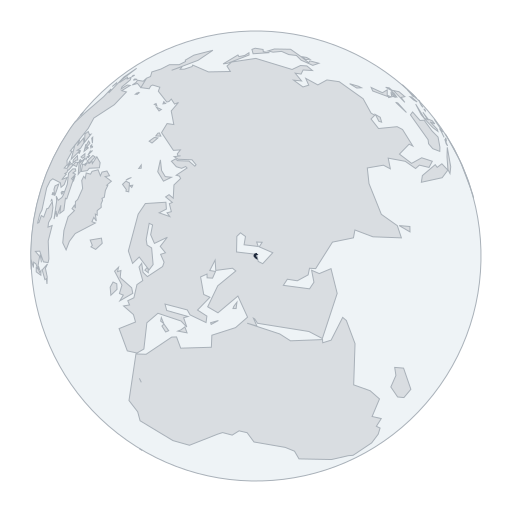 the Earth from above Bakı, rotated 308°
{"feature_id": "AZE-1689", "entity_name": "Bakı", "entity_type": "Municipality", "adm_level": 1, "iso_a3": "AZE", "parent_name": "Azerbaijan", "parent_adm1": "", "projection": "orthographic", "projection_center": [49.815, 40.127], "detail": "fine", "context": "on_globe", "style": "filled", "palette": "slate", "viewbox_px": 512, "rotation_deg": 308, "n_neighbors": 0, "source": "natural_earth", "source_scale": "10m", "svg_char_len": 11663}
<svg xmlns="http://www.w3.org/2000/svg" viewBox="0 0 512 512"><g transform="rotate(308 256 256)"><circle cx="256" cy="256" r="225" fill="#eef3f6" stroke="#a8b0b8"/><path d="M240.9,31.2L244.6,31.0L249.2,30.9L264.1,33.2L287.9,37.9L298.4,38.9L293.8,39.6L315.6,41.7L330.5,46.4L311.9,41.6L308.5,41.6L317.7,44.7L316.3,45.5L319.9,47.6L317.3,48.5L306.7,46.2L304.8,46.9L311.4,49.2L313.0,51.9L303.6,48.4L305.5,52.9L288.0,51.2L264.9,43.3L253.3,45.2L224.5,45.0L225.3,46.6L214.8,48.3L211.8,50.9L207.3,50.7L208.7,53.1L213.4,52.9L215.6,54.0L214.3,55.8L208.3,55.5L208.1,54.6L205.7,55.5L203.3,54.7L203.7,56.1L196.6,55.9L201.5,58.7L194.2,60.9L190.1,60.1L193.3,56.7L191.7,48.3L188.5,47.5L180.8,49.1L160.5,59.0L155.8,59.9L147.5,63.6L148.7,64.4L155.7,61.9L156.0,64.8L164.5,62.0L165.8,63.0L173.4,62.0L169.2,66.1L161.0,70.8L154.5,72.0L150.7,74.3L154.5,76.6L139.9,83.0L126.2,94.6L122.8,96.2L120.5,92.1L126.7,82.6L123.8,79.3L122.5,85.7L114.0,90.3L111.3,93.1L109.9,95.6L112.0,95.6L108.4,98.3L108.2,92.6L111.5,90.0L111.5,91.6L114.3,87.5L114.2,84.6L109.9,87.7L114.2,81.6L111.2,83.9L110.4,84.3L115.0,80.8L106.9,87.2L107.3,86.8L120.0,76.4L133.4,67.0L147.4,58.6L162.0,51.3L177.1,45.0L192.6,39.8L208.5,35.8L224.6,32.9L240.9,31.2ZM32.3,282.4L32.6,284.9L32.7,286.1L32.3,282.4ZM248.0,30.9L251.5,30.8L244.9,31.0L243.0,31.1L248.0,30.9ZM263.1,31.4L259.6,31.4L258.4,30.9L260.8,31.0L263.1,31.4ZM306.2,39.7L301.1,38.4L306.6,39.5L306.2,39.7ZM320.8,47.8L322.7,48.0L323.8,49.1L320.8,47.8ZM175.2,59.9L174.3,60.9L173.4,60.6L175.2,59.9ZM179.4,58.7L178.9,57.5L180.8,56.8L181.1,57.5L179.4,58.7ZM320.9,51.5L322.0,53.5L319.0,51.1L320.9,51.5ZM179.5,60.3L184.2,55.7L187.6,54.5L191.3,56.3L179.5,60.3ZM321.5,54.3L324.3,59.5L328.8,60.3L317.8,61.6L319.0,56.4L314.6,53.2L319.1,54.7L321.5,54.3ZM215.5,52.2L210.5,52.4L215.9,50.7L215.5,52.2ZM218.4,50.8L232.1,44.9L238.8,45.7L232.9,47.3L242.7,47.5L239.3,50.7L233.1,51.4L229.4,50.1L231.0,52.4L218.4,50.8ZM311.2,61.8L310.3,62.9L309.2,61.3L311.2,61.8ZM216.9,54.4L219.1,52.9L225.1,53.5L221.9,56.5L220.9,55.3L216.9,54.4ZM246.9,46.1L250.8,47.2L249.1,50.1L250.4,51.0L239.8,50.9L246.9,46.1ZM218.9,56.1L220.1,58.1L216.0,59.5L215.2,55.9L218.9,56.1ZM228.0,52.4L230.7,52.9L228.1,53.6L228.0,52.4ZM202.2,66.2L204.7,64.1L208.0,64.1L202.2,66.2ZM220.8,58.7L222.2,58.3L223.8,58.1L223.7,59.8L220.8,58.7ZM239.3,53.1L237.8,54.2L243.6,53.3L242.6,55.7L235.6,55.3L238.2,56.5L237.9,57.3L232.6,56.1L239.3,53.1ZM228.4,61.1L219.3,61.9L214.0,65.6L210.9,65.6L219.9,59.7L228.4,61.1ZM231.3,58.2L228.8,60.0L226.2,58.9L226.3,57.1L231.3,58.2ZM244.3,57.6L247.7,54.0L249.1,54.2L244.3,57.6ZM227.4,62.4L229.6,62.2L227.3,62.7L227.4,62.4ZM239.7,59.2L240.7,57.8L242.3,58.1L239.7,59.2ZM233.2,63.1L230.3,63.3L230.3,61.9L233.2,63.1ZM236.6,61.5L238.5,62.3L232.0,61.4L236.8,60.8L236.6,61.5ZM241.0,59.7L242.3,59.5L240.4,60.3L241.0,59.7ZM235.0,68.3L226.9,67.5L226.8,64.5L234.8,65.6L235.0,68.3ZM59.4,304.2L54.8,266.1L60.4,258.7L63.9,244.9L104.9,221.7L110.9,229.9L140.2,239.5L143.3,243.2L137.0,253.4L156.6,277.0L166.4,270.0L187.0,284.0L202.6,287.0L213.3,266.4L187.8,261.0L186.2,249.2L209.0,244.2L231.8,249.3L231.9,245.0L219.9,233.2L227.6,226.3L216.1,228.5L218.9,233.6L211.8,235.4L208.7,230.9L211.6,228.5L205.4,225.2L193.5,238.5L195.1,245.1L177.4,243.2L178.4,254.3L172.8,257.6L169.0,240.3L171.2,235.0L162.1,213.9L158.1,219.2L166.5,239.7L162.8,237.0L157.4,245.2L158.6,236.9L150.5,214.0L136.2,211.1L113.7,224.9L106.3,222.0L102.0,213.0L114.5,192.8L129.8,201.7L134.4,195.5L135.1,182.4L139.6,186.5L141.8,182.5L147.9,185.5L160.2,179.8L166.9,181.9L175.3,170.6L179.9,170.4L173.6,177.0L172.9,183.1L190.2,188.9L194.5,187.4L198.6,179.8L202.8,182.7L204.6,174.6L216.2,174.6L203.4,168.2L207.9,159.9L216.8,155.4L216.0,151.7L201.4,159.3L197.6,163.4L198.1,168.8L185.9,180.2L179.2,180.3L183.3,164.6L174.2,163.3L181.4,152.3L216.4,137.4L229.2,136.5L242.9,151.9L237.8,156.5L230.4,153.1L234.0,163.8L235.3,159.3L238.8,162.0L243.9,155.5L246.7,157.1L246.9,148.4L250.8,149.7L250.6,155.2L261.5,147.6L270.7,148.9L271.8,146.4L270.5,143.4L282.9,147.5L283.2,145.5L279.3,143.4L277.3,138.3L278.6,131.0L282.9,132.8L282.9,135.6L289.5,144.7L289.1,152.5L291.0,152.6L292.4,146.3L284.3,135.1L283.9,130.3L288.5,134.9L286.8,132.9L288.0,131.1L293.1,131.1L288.4,125.9L295.1,105.6L305.6,104.4L309.0,110.3L318.1,99.9L329.3,100.4L325.6,98.3L327.5,92.6L324.1,92.3L322.4,90.9L325.7,77.6L329.8,76.3L327.1,69.3L325.2,68.4L322.0,68.8L317.8,61.6L328.8,60.3L332.5,62.4L336.9,60.6L344.8,66.0L353.4,70.0L359.5,77.7L365.8,80.7L366.8,79.7L376.0,83.4L391.6,95.4L374.6,89.9L350.4,75.2L359.9,81.2L356.4,81.3L359.1,84.5L365.9,89.0L367.5,88.6L371.8,105.2L385.6,122.2L387.8,116.2L393.9,117.4L411.6,134.2L425.2,169.6L433.5,173.8L437.1,179.1L436.9,186.3L431.6,178.6L427.1,179.5L424.2,174.3L422.0,184.2L417.7,177.3L418.1,188.9L423.1,192.4L426.6,185.8L428.9,199.4L438.4,203.5L444.6,214.3L445.9,243.6L439.4,258.8L440.1,262.9L434.8,262.3L431.9,274.1L444.8,287.6L445.9,293.6L439.2,311.9L438.4,307.8L424.6,306.3L424.8,321.6L435.4,326.1L439.2,336.6L432.3,337.8L428.2,328.8L423.2,327.9L422.5,315.3L414.5,299.9L407.4,308.2L406.0,300.5L393.9,289.5L382.6,300.5L366.0,329.1L366.9,348.7L359.8,359.4L343.1,336.3L337.4,317.9L330.3,321.6L314.0,307.7L282.8,310.8L279.3,305.7L273.2,308.7L261.9,303.8L257.0,295.0L249.7,295.6L263.1,318.4L271.0,317.8L279.0,308.6L281.1,316.7L292.2,322.9L276.5,343.0L231.8,359.1L229.1,344.2L203.9,298.6L205.6,293.9L205.6,293.3L205.4,292.2L201.4,299.8L197.6,290.4L209.2,322.7L210.4,335.4L231.1,359.9L228.7,362.0L235.9,367.0L261.0,362.1L260.8,366.9L247.9,388.0L214.6,412.3L220.1,428.9L219.4,441.3L201.0,446.3L205.0,454.8L195.9,455.7L196.8,459.7L190.8,462.0L179.9,462.2L158.7,455.2L155.5,451.7L142.1,440.8L122.6,414.8L125.9,406.5L123.2,396.9L108.2,368.9L111.3,357.8L107.8,350.3L100.2,347.5L96.3,338.4L91.9,335.4L65.9,320.1L59.4,304.2ZM87.8,239.4L85.9,243.2L85.9,243.3L87.8,239.4ZM254.1,266.0L268.9,267.2L265.2,252.9L270.6,252.4L267.4,247.9L264.9,251.9L257.5,239.7L264.9,235.7L264.7,229.5L259.7,228.8L247.2,238.2L257.7,255.5L253.1,261.1L254.1,266.0ZM114.0,90.6L113.9,91.2L111.9,94.0L111.5,93.2L114.0,90.6ZM111.0,104.3L105.3,108.5L109.1,104.8L107.4,104.2L113.4,96.1L121.4,96.6L116.7,97.6L111.0,104.3ZM123.6,86.2L118.9,90.8L123.7,85.7L123.6,86.2ZM147.5,159.4L148.4,163.4L144.2,167.0L135.7,165.8L141.6,160.3L147.5,159.4ZM150.5,168.3L157.0,153.9L162.6,154.6L158.4,156.5L161.4,158.5L155.4,162.2L154.4,177.6L150.7,181.9L136.9,176.3L143.5,175.5L142.3,171.5L150.5,168.3ZM163.6,120.5L166.5,115.5L174.9,123.2L171.3,127.0L162.5,125.6L161.6,120.3L163.6,120.5ZM185.2,65.0L185.8,63.5L187.5,63.4L188.3,64.6L185.2,65.0ZM203.1,65.2L184.5,71.7L184.2,70.3L173.7,76.5L168.8,75.2L175.8,71.0L164.2,75.0L168.5,70.8L160.7,74.1L176.7,65.0L180.2,61.7L178.2,65.8L182.6,67.0L185.5,66.6L196.4,63.1L205.9,57.3L211.8,58.0L213.5,60.1L212.1,61.6L208.7,60.6L209.3,63.4L203.3,63.0L203.1,65.2ZM229.1,91.2L225.7,88.2L225.9,96.0L219.9,94.8L220.3,95.8L214.8,97.0L208.9,100.3L206.6,99.1L205.3,100.9L201.6,101.9L199.0,104.1L194.0,102.9L190.4,105.7L190.1,103.6L185.2,108.7L186.6,104.4L182.0,105.6L183.1,109.1L162.4,99.7L152.7,99.9L143.9,102.6L147.4,95.6L157.9,88.9L171.2,83.8L180.0,85.0L180.0,81.9L184.2,81.6L182.5,84.2L187.7,80.2L190.7,80.7L202.5,77.8L208.2,72.2L212.7,71.2L212.0,73.7L216.9,71.1L218.6,75.2L221.8,74.7L226.7,78.5L223.4,84.0L227.3,83.0L231.2,86.2L229.1,91.2ZM236.2,69.5L233.6,75.7L229.1,78.3L222.5,70.6L219.4,70.5L215.0,66.3L221.6,62.8L222.3,64.3L224.4,64.9L221.5,65.7L225.5,65.6L226.5,67.8L229.9,68.3L228.1,70.1L236.2,69.5ZM148.7,240.6L151.5,242.3L156.3,243.6L153.0,249.0L148.7,240.6ZM142.9,225.0L145.7,225.4L143.4,233.2L140.5,231.6L142.9,225.0ZM149.2,219.3L146.0,224.9L146.0,220.9L149.2,219.3ZM176.4,177.1L179.6,177.3L179.2,179.2L176.5,181.4L176.4,177.1ZM228.2,116.2L227.0,113.6L228.5,112.9L230.3,106.7L234.9,107.4L235.6,111.4L228.2,116.2ZM207.9,269.4L202.3,272.7L200.4,270.2L202.7,269.5L207.9,269.4ZM175.5,261.3L182.0,266.1L174.5,262.8L175.5,261.3ZM233.5,115.9L233.8,113.2L235.9,115.3L233.5,115.9ZM238.3,107.7L241.2,109.5L235.7,106.8L238.3,107.7ZM258.5,441.3L246.3,460.1L235.5,459.7L232.1,454.4L235.8,442.9L248.0,439.8L253.6,433.9L258.5,441.3ZM463.6,335.6L465.7,332.5L465.5,333.4L463.6,335.6ZM461.5,336.8L464.3,332.8L460.7,339.2L461.5,336.8ZM465.3,331.2L468.2,325.3L469.4,322.1L468.9,324.0L465.3,331.2ZM459.4,339.8L446.2,354.5L440.4,358.1L442.3,354.0L451.7,345.5L459.4,339.8ZM441.8,354.3L432.3,354.5L415.9,340.9L421.8,337.6L438.3,341.0L437.4,344.2L443.1,345.7L441.8,354.3ZM462.9,317.8L461.8,326.2L455.0,333.9L451.6,336.4L449.4,329.2L450.7,322.9L453.6,320.0L462.3,290.8L465.9,290.7L463.8,301.8L466.5,304.9L462.9,317.8ZM368.1,350.1L374.0,359.1L369.8,362.5L368.1,350.1ZM463.9,273.6L461.7,286.2L463.1,271.4L463.9,273.6ZM463.6,261.1L464.7,264.7L462.5,263.0L463.6,261.1ZM441.8,268.5L438.8,272.6L437.8,269.8L441.0,263.0L441.8,268.5ZM449.4,223.7L452.8,232.1L453.5,235.5L450.4,232.0L449.4,223.7ZM272.9,121.5L265.2,129.0L262.7,135.6L266.0,140.9L258.0,137.0L261.9,126.7L272.9,121.5ZM291.9,107.2L288.9,103.1L292.4,103.1L293.5,104.1L291.9,107.2ZM288.6,106.0L281.0,104.5L280.7,101.1L286.8,102.9L288.6,106.0ZM257.1,109.5L254.5,111.5L252.8,109.7L257.1,109.5ZM435.7,391.8L437.1,389.9L438.2,388.5L443.0,380.8L456.6,358.4L467.8,332.7L468.8,329.9L462.4,346.3L454.7,362.1L445.8,377.3L435.7,391.8ZM468.7,326.9L472.3,315.7L473.6,312.2L468.7,326.9ZM479.9,280.8L479.1,285.6L478.9,284.2L479.8,278.1L478.3,282.3L480.1,273.1L480.2,277.1L481.0,267.1L481.1,265.8L479.9,280.8ZM478.7,290.1L478.9,288.8L479.0,287.8L478.7,290.1ZM475.3,297.6L475.1,299.8L474.4,300.2L475.3,297.6ZM476.3,293.9L478.0,290.2L476.0,296.1L476.3,293.9ZM468.2,304.1L469.1,307.2L472.0,299.0L469.8,307.3L471.1,311.5L470.2,315.6L469.0,310.7L467.5,320.6L466.2,322.6L466.0,316.5L467.7,305.2L469.0,299.2L474.0,288.3L468.2,304.1ZM476.6,288.2L476.0,284.2L476.3,279.3L477.0,280.6L476.6,288.2ZM473.2,275.2L470.3,272.7L468.7,278.7L471.0,262.4L473.5,267.5L473.2,275.2ZM469.3,264.2L467.8,269.8L468.7,261.1L469.3,264.2ZM466.9,268.5L465.7,264.2L467.4,262.3L466.9,268.5ZM470.2,262.7L468.8,254.3L470.5,257.5L470.2,262.7ZM462.5,255.1L467.7,257.1L462.6,261.1L457.9,246.4L459.7,243.0L462.5,255.1ZM444.2,177.4L441.3,174.0L441.7,170.1L443.6,173.6L444.2,177.4ZM440.2,156.0L440.8,168.1L440.8,178.5L442.9,178.3L446.6,186.9L441.2,183.4L438.1,171.0L438.9,164.4L434.9,157.8L433.0,150.2L427.1,143.9L425.0,139.2L430.5,143.1L440.2,156.0ZM424.5,141.4L413.6,129.2L416.3,125.6L419.2,127.4L423.1,134.4L421.5,135.9L424.5,141.4ZM411.8,125.3L410.1,126.8L390.6,115.1L387.1,111.8L403.3,118.0L402.6,119.8L407.0,123.6L411.8,125.3ZM312.8,63.5L310.6,62.9L312.5,62.5L312.8,63.5ZM320.5,90.9L318.6,89.0L320.9,88.3L320.5,90.9ZM314.6,83.4L313.3,85.4L312.9,82.5L314.6,83.4ZM310.6,90.3L311.9,85.9L313.2,91.2L310.6,90.3Z" fill="#d9dde1" stroke="#a8b0b8" stroke-width="1"/><path d="M255.7,254.2L255.9,254.2L256.0,254.3L256.3,254.2L256.7,254.2L256.7,254.3L256.8,254.3L256.9,254.5L257.2,254.5L257.3,254.5L257.4,254.8L257.5,254.8L257.6,255.0L257.7,255.4L257.7,255.5L257.6,255.4L257.4,255.2L257.2,255.1L256.9,255.1L256.7,255.1L256.4,255.1L256.2,255.0L256.1,255.3L255.9,255.4L255.7,255.5L255.3,255.6L255.2,255.7L255.1,255.8L255.0,256.0L254.9,256.2L254.9,256.3L255.0,256.5L254.9,256.6L254.8,256.8L254.9,257.0L254.8,257.3L254.7,257.4L254.7,257.5L254.8,257.5L254.7,257.7L254.6,257.8L254.6,257.7L254.6,257.4L254.6,257.2L254.5,256.9L254.4,256.7L254.5,256.6L254.5,256.4L254.6,256.2L254.7,255.9L254.7,255.7L254.8,255.6L254.8,255.3L254.8,255.1L254.8,254.9L255.0,254.8L255.1,254.7L255.4,254.6L255.5,254.6L255.8,254.6L256.0,254.6L256.1,254.4L255.9,254.4L255.7,254.4L255.7,254.2L255.7,254.2ZM255.3,254.9L255.4,255.0L255.5,255.1L255.6,254.9L255.4,254.8L255.3,254.9ZM257.7,254.9L257.5,254.7L257.7,254.8L257.7,254.9ZM258.4,255.3L258.2,255.2L258.3,255.2L258.4,255.3L258.4,255.3Z" fill="#64748b" stroke="#1e293b" stroke-width="1.5"/></g></svg>